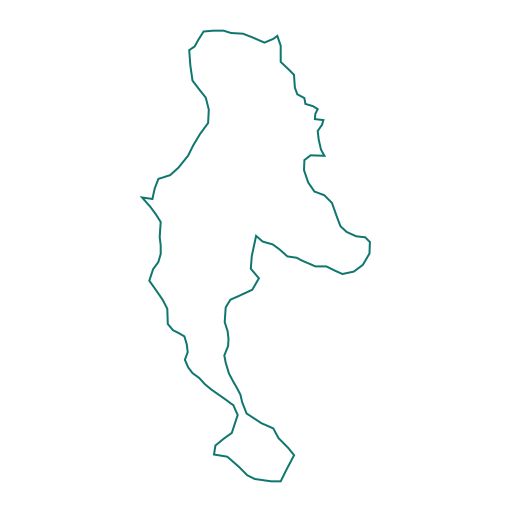 outline of Epicho, Cyprus
{"feature_id": "46923920B25776414767341", "entity_name": "Epicho", "entity_type": "district", "adm_level": 2, "iso_a3": "CYP", "parent_name": "Cyprus", "parent_adm1": "", "projection": "albers", "projection_center": [33.523, 35.225], "detail": "fine", "context": "isolated", "style": "outline", "palette": "teal", "viewbox_px": 512, "rotation_deg": 0, "n_neighbors": 0, "source": "geoboundaries", "source_scale": "gbopen_adm2", "svg_char_len": 1817}
<svg xmlns="http://www.w3.org/2000/svg" viewBox="0 0 512 512"><path d="M189.2,50.2L190.3,65.0L192.5,80.6L199.9,90.3L205.8,97.7L208.8,109.6L208.1,123.0L199.9,134.2L193.2,145.4L188.0,155.8L178.4,167.7L170.2,175.1L158.4,178.9L154.7,188.5L152.4,199.0L142.1,197.5L150.7,207.3L155.9,214.4L160.7,222.0L160.2,229.2L159.7,237.3L160.7,245.4L160.7,254.0L158.3,262.1L153.1,269.2L149.3,280.7L154.0,287.3L162.6,299.7L167.3,308.8L167.8,324.0L173.0,330.2L179.7,333.6L184.4,336.4L186.8,344.5L187.7,352.2L184.9,359.8L188.2,367.4L192.5,373.1L199.1,377.9L204.8,384.1L211.0,389.3L217.1,393.6L223.3,397.9L231.2,403.7L233.3,405.1L235.0,409.1L235.5,410.2L237.7,415.0L231.8,432.9L223.6,438.8L215.4,445.5L214.0,454.5L227.3,456.7L239.2,467.1L247.3,475.3L254.8,479.0L271.1,481.3L280.7,481.3L286.6,469.4L294.1,455.2L288.1,447.8L278.5,438.1L273.3,428.4L261.4,423.2L246.6,413.5L242.1,402.0L240.4,394.6L236.6,387.4L233.3,381.7L229.0,373.6L225.7,362.7L224.3,355.5L228.1,346.0L228.5,338.8L227.6,331.2L224.7,322.1L225.7,307.4L230.4,299.7L239.0,295.9L252.3,289.7L258.9,278.3L250.8,268.7L251.8,255.9L256.1,235.9L262.7,241.6L272.7,244.4L279.3,249.2L287.4,256.4L296.9,257.8L301.1,260.2L315.4,266.4L326.3,266.4L334.8,270.6L342.4,274.0L353.8,271.6L362.8,264.9L369.5,253.5L369.7,247.1L369.9,242.0L365.2,237.3L356.2,236.3L346.7,232.0L340.5,226.3L337.2,217.7L332.0,203.0L324.4,195.3L314.4,191.5L308.2,182.5L304.0,170.1L304.4,160.1L310.6,155.3L324.4,155.8L321.0,149.6L318.7,139.6L317.7,131.0L322.0,124.8L323.4,120.1L314.9,119.1L315.3,113.9L317.7,109.1L313.0,106.2L305.4,103.9L304.4,98.1L297.3,94.3L294.9,87.7L294.5,82.4L294.0,74.8L288.3,69.1L280.7,61.9L280.7,54.3L280.7,45.7L277.3,35.9L273.3,38.9L264.4,42.6L252.5,37.4L242.9,33.7L231.0,33.0L223.6,30.7L213.2,30.7L203.6,31.5L198.4,39.7L194.7,46.4L189.2,50.2Z" fill="none" stroke="#0f766e" stroke-width="2"/></svg>